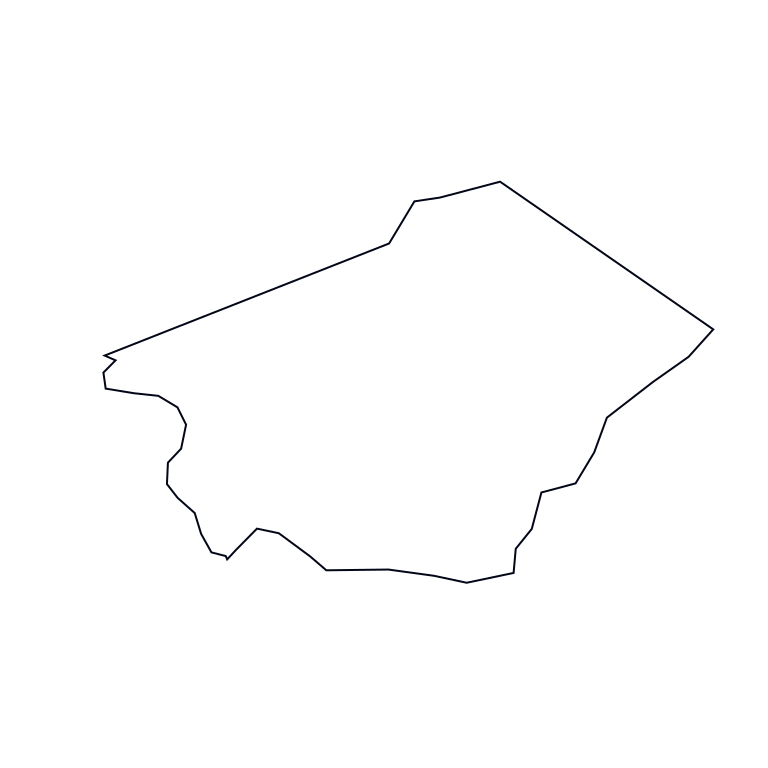 the district of Ti Boug, Soufrière, Saint Lucia, rotated 31°
{"feature_id": "8701671B59760242426432", "entity_name": "Ti Boug", "entity_type": "district", "adm_level": 2, "iso_a3": "LCA", "parent_name": "Saint Lucia", "parent_adm1": "Soufrière", "projection": "orthographic", "projection_center": [-61.025, 13.837], "detail": "fine", "context": "isolated", "style": "outline", "palette": "ink", "viewbox_px": 768, "rotation_deg": 31, "n_neighbors": 0, "source": "geoboundaries", "source_scale": "gbopen_adm2", "svg_char_len": 681}
<svg xmlns="http://www.w3.org/2000/svg" viewBox="0 0 768 768"><g transform="rotate(31 384 384)"><path d="M129.9,503.5L141.7,502.0L137.6,518.7L147.8,531.3L174.2,520.8L196.6,510.4L219.0,510.4L235.3,520.8L243.4,543.9L239.3,562.7L249.5,581.6L265.8,587.9L288.2,592.1L304.5,606.7L322.8,617.2L337.0,613.0L339.9,615.1L342.6,602.4L349.6,573.4L370.7,566.1L409.4,569.8L430.5,573.4L483.3,540.8L525.5,522.7L557.2,511.8L582.9,488.0L592.4,479.2L581.8,457.4L585.3,432.1L574.8,395.9L599.4,370.5L599.4,334.3L592.4,298.0L613.5,243.7L631.1,203.8L637.4,171.1L638.1,167.6L379.3,150.8L335.9,195.4L316.0,211.8L316.0,260.9L177.0,442.1L129.9,503.5Z" fill="none" stroke="#020617" stroke-width="2"/></g></svg>